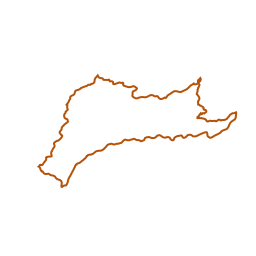 Acará, Pará, Brazil, rotated 232°
{"feature_id": "56859067B44974097654288", "entity_name": "Acará", "entity_type": "district", "adm_level": 2, "iso_a3": "BRA", "parent_name": "Brazil", "parent_adm1": "Pará", "projection": "robinson", "projection_center": [-48.473, -2.034], "detail": "fine", "context": "isolated", "style": "outline", "palette": "amber", "viewbox_px": 256, "rotation_deg": 232, "n_neighbors": 0, "source": "geoboundaries", "source_scale": "gbopen_adm2", "svg_char_len": 5864}
<svg xmlns="http://www.w3.org/2000/svg" viewBox="0 0 256 256"><g transform="rotate(232 128 128)"><path d="M152.6,33.8L152.0,34.1L150.6,34.1L149.1,33.5L147.0,33.2L146.7,33.9L146.1,34.0L145.0,33.8L143.9,33.9L143.5,34.0L142.7,34.5L142.3,34.9L141.0,37.1L140.4,37.5L138.6,37.9L136.9,39.5L135.7,40.2L134.7,40.6L132.8,40.4L131.7,40.6L130.2,41.4L129.0,42.3L128.4,42.5L127.4,42.7L126.2,42.4L124.8,41.4L123.2,39.7L122.6,39.4L122.2,39.7L122.1,41.9L121.6,42.9L121.2,43.3L121.0,44.0L121.4,45.3L121.7,45.9L122.1,46.4L122.5,47.3L123.4,48.1L125.0,50.7L125.3,51.3L125.6,52.6L126.1,53.5L126.6,54.8L127.2,55.9L128.5,59.0L129.4,60.6L129.8,61.8L130.7,63.1L131.0,63.8L131.1,64.5L130.8,64.9L131.2,65.4L131.1,66.5L130.4,68.0L130.3,68.6L130.4,71.7L130.3,73.3L130.6,75.1L130.4,75.6L130.5,76.2L131.3,78.3L131.0,78.7L131.3,79.7L130.8,81.1L130.5,81.8L130.0,82.1L129.7,82.6L129.5,83.7L129.2,84.4L129.3,88.1L129.0,89.2L128.2,90.8L127.3,92.0L126.9,92.5L126.6,93.4L126.3,94.7L126.4,96.6L126.8,99.4L127.3,101.6L127.1,102.3L126.3,104.4L125.8,105.3L124.2,106.3L123.3,107.2L122.5,109.6L121.6,110.5L121.1,112.2L120.6,113.2L120.4,114.1L120.9,116.5L120.9,117.5L120.5,118.7L118.4,120.3L117.8,121.1L117.4,121.8L117.3,122.4L116.9,123.5L116.3,124.4L116.2,125.1L115.9,125.9L114.9,126.7L114.0,127.0L113.5,127.2L112.7,127.9L111.8,129.1L110.9,129.6L109.9,129.8L109.5,130.1L108.7,132.6L108.6,133.2L108.9,134.0L109.3,134.6L109.6,135.1L109.5,135.7L109.3,136.7L108.5,138.2L107.8,139.1L105.5,140.5L104.8,141.3L104.2,142.2L103.8,143.3L103.7,143.8L103.7,144.5L103.9,146.1L103.7,147.1L103.2,148.1L102.8,148.4L101.9,149.1L99.3,149.8L98.3,150.5L97.6,151.3L97.1,152.1L96.8,153.1L96.1,154.1L95.4,154.6L94.9,154.9L93.9,154.8L93.0,154.6L91.1,155.2L90.8,155.6L90.5,156.5L90.7,157.1L91.6,158.4L91.7,158.9L91.5,160.8L91.2,161.9L90.2,163.7L89.5,165.2L89.0,165.6L88.5,165.7L87.0,165.4L86.2,165.7L85.8,166.0L85.4,167.1L85.3,167.6L85.3,168.6L85.6,170.3L85.5,171.0L85.0,172.0L84.4,172.9L84.0,173.2L83.2,173.7L81.6,174.0L80.7,174.8L80.4,175.3L79.7,176.3L79.5,176.9L79.0,179.0L78.6,181.2L77.4,185.4L76.5,187.1L76.0,187.4L75.1,187.2L73.5,186.2L72.7,185.8L72.2,185.8L70.1,186.4L69.6,186.9L69.2,187.8L68.9,189.0L68.6,191.9L67.8,195.2L67.5,197.4L67.5,198.6L67.8,199.1L67.8,199.6L67.8,200.7L66.5,204.8L66.4,205.8L67.2,208.1L68.3,210.0L69.0,211.6L69.2,212.2L69.3,213.9L69.1,217.0L69.2,218.0L69.7,219.0L70.9,220.3L73.3,222.6L73.8,222.8L74.4,220.6L75.3,219.4L75.4,217.6L75.6,216.5L75.3,215.5L75.0,215.1L74.7,212.7L74.4,212.2L74.3,211.8L74.6,210.1L74.9,209.1L75.8,207.7L76.4,206.9L76.6,206.4L76.7,205.9L77.0,205.6L77.9,205.5L78.5,204.8L78.8,204.3L78.9,203.8L78.8,202.6L78.9,201.9L79.2,201.4L80.1,201.0L81.2,199.3L82.1,198.1L82.9,197.5L83.5,196.6L83.7,195.5L84.2,194.7L84.7,194.3L86.0,194.5L86.5,194.3L87.0,194.4L88.4,193.7L88.8,193.4L89.1,193.0L89.6,192.7L90.0,192.3L90.5,192.1L91.1,191.2L91.8,190.4L92.2,190.4L92.3,189.9L92.8,189.0L93.2,188.8L93.8,189.3L93.9,190.3L93.8,191.0L94.6,192.9L94.1,193.3L94.7,194.4L93.6,194.6L93.5,195.1L93.8,195.7L93.6,196.3L92.6,196.9L92.5,199.2L92.6,199.7L93.7,200.4L94.1,200.3L94.9,199.8L95.5,199.2L96.1,199.1L96.5,199.5L97.0,199.5L97.3,200.0L98.3,200.0L101.1,198.9L101.5,198.5L102.4,198.5L103.2,197.7L103.6,197.9L104.3,198.5L104.8,198.7L105.4,199.5L105.9,199.6L106.6,201.7L107.3,202.4L108.3,203.0L108.8,203.0L111.2,203.2L112.2,203.0L112.9,203.6L114.0,205.3L115.4,206.5L115.6,207.0L116.0,207.6L116.4,207.7L116.7,208.8L117.7,210.6L118.2,211.0L119.2,211.1L119.9,211.3L120.3,211.6L120.6,212.7L120.5,213.8L121.1,214.7L121.8,215.5L122.8,215.7L122.3,213.3L122.5,212.8L122.1,212.1L121.1,211.5L120.8,211.2L120.2,210.3L120.2,209.7L120.5,208.6L121.1,207.7L121.6,207.3L122.1,207.1L122.6,207.2L122.6,206.3L122.5,205.7L122.7,204.9L122.9,203.6L122.3,198.5L123.7,192.1L124.5,190.9L126.9,189.1L128.2,187.5L128.5,187.0L128.8,185.2L128.8,183.8L129.2,179.9L129.0,178.2L128.4,177.0L128.4,176.3L128.8,176.2L129.3,175.8L129.8,173.5L130.1,172.5L130.7,171.6L131.5,171.1L132.1,170.9L132.7,170.8L134.0,170.9L134.9,170.8L135.3,170.4L136.0,169.1L136.4,168.7L138.6,167.6L139.4,166.9L140.0,165.9L140.2,165.2L141.0,161.5L141.5,160.6L143.9,158.0L145.2,155.4L145.7,153.6L146.3,152.7L147.2,152.0L149.2,151.2L150.2,151.1L150.8,151.3L151.5,152.2L153.3,153.6L153.7,154.3L153.7,154.8L153.4,155.9L153.1,157.4L153.2,158.4L153.6,159.3L154.0,159.5L156.5,158.8L157.4,158.2L157.7,157.9L158.4,156.0L158.8,155.0L159.8,153.7L160.2,153.3L163.8,150.8L164.2,150.7L165.3,150.9L165.9,151.6L166.3,151.9L166.7,151.9L168.0,150.1L169.2,149.3L170.6,145.0L171.1,143.9L171.7,143.5L172.4,143.8L173.3,144.5L173.7,144.5L174.4,144.3L175.1,143.6L175.8,142.5L176.2,142.4L177.3,142.9L177.9,142.7L178.0,142.0L180.9,138.5L181.4,138.3L182.4,138.5L183.0,138.3L184.8,136.7L185.4,136.3L186.6,136.2L188.1,136.5L187.7,134.8L187.5,133.3L186.8,131.8L186.4,131.2L185.7,130.7L184.6,129.4L184.6,128.8L184.6,128.0L184.8,127.3L185.4,126.1L185.2,124.9L186.5,123.3L186.5,121.6L186.7,120.8L187.3,119.5L188.4,115.7L188.3,113.8L188.8,112.0L189.6,110.1L189.6,109.6L189.4,108.9L187.8,106.7L187.6,105.6L188.1,103.4L188.2,102.1L187.9,101.5L186.6,100.5L186.0,98.6L185.6,98.2L185.1,97.1L184.2,94.0L183.5,94.4L183.1,94.1L182.8,93.6L182.3,93.3L181.4,92.6L180.8,92.3L179.7,92.0L179.4,90.9L179.2,88.9L178.5,88.2L177.9,86.1L177.5,85.7L177.1,85.3L175.7,84.5L175.1,84.4L174.3,84.4L172.3,85.5L171.7,85.4L170.1,84.7L169.8,84.0L169.9,80.3L169.9,79.8L169.6,79.0L169.5,77.3L168.9,75.8L167.7,74.7L167.1,72.0L166.7,71.5L166.2,71.2L163.6,71.1L162.8,71.5L162.3,71.3L161.9,70.8L161.3,69.1L161.0,67.1L161.0,65.1L161.7,64.1L161.8,61.8L161.8,60.8L161.4,60.2L161.0,59.9L159.5,59.4L158.8,58.9L158.3,57.9L158.2,57.4L157.7,55.7L156.7,54.0L156.6,53.4L156.2,52.7L155.4,51.9L154.8,51.5L153.3,50.9L152.9,50.5L152.9,49.8L154.5,47.5L155.2,45.8L155.0,45.1L154.5,45.0L154.0,44.6L153.3,43.7L152.3,39.9L151.6,38.0L151.8,37.3L152.3,36.6L152.8,36.5L153.1,35.9L152.8,35.2L152.6,33.8Z" fill="none" stroke="#b45309" stroke-width="2"/></g></svg>